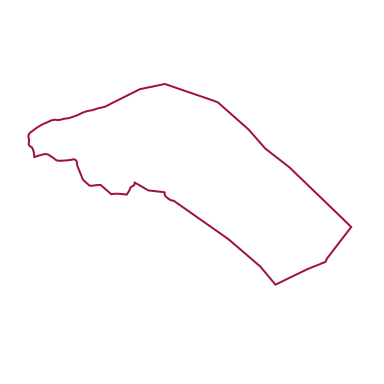 outline of Jardan, Shabwah, Yemen, rotated 162°
{"feature_id": "15242507B34069744154073", "entity_name": "Jardan", "entity_type": "district", "adm_level": 2, "iso_a3": "YEM", "parent_name": "Yemen", "parent_adm1": "Shabwah", "projection": "albers", "projection_center": [46.986, 15.184], "detail": "fine", "context": "isolated", "style": "outline", "palette": "rose", "viewbox_px": 384, "rotation_deg": 162, "n_neighbors": 0, "source": "geoboundaries", "source_scale": "gbopen_adm2", "svg_char_len": 1662}
<svg xmlns="http://www.w3.org/2000/svg" viewBox="0 0 384 384"><g transform="rotate(162 192 192)"><path d="M242.9,300.9L243.6,300.7L245.6,300.4L247.6,300.1L249.8,300.1L251.8,300.2L253.8,300.5L255.7,300.6L257.7,300.6L260.0,300.6L262.2,300.7L264.3,301.0L266.3,301.3L268.4,301.3L270.6,301.3L272.7,301.1L274.7,300.8L276.8,300.5L279.0,300.4L281.1,300.3L283.3,300.3L285.4,300.3L287.5,300.5L289.5,300.9L291.5,301.2L293.5,301.3L295.8,301.5L297.8,302.0L299.7,303.0L303.2,303.6L314.5,302.4L321.0,300.7L324.2,299.6L327.3,298.6L329.5,297.3L330.5,295.2L330.7,293.0L331.1,291.1L332.0,289.3L332.6,287.4L332.0,285.5L330.6,284.1L330.1,282.0L330.1,279.9L330.3,277.8L330.8,275.7L331.1,273.9L329.1,273.9L327.1,274.0L325.1,273.9L323.0,273.8L320.3,273.6L318.5,272.9L316.5,271.4L315.0,269.2L313.6,267.7L312.7,266.3L311.8,264.8L310.3,263.5L308.5,262.7L306.5,262.1L304.6,261.6L302.6,261.1L300.6,260.6L298.4,260.2L296.2,259.8L294.1,259.7L292.7,258.2L292.2,256.1L292.8,254.0L292.9,251.5L291.9,237.3L288.4,231.3L287.7,230.0L285.9,229.0L278.6,227.6L276.7,226.9L269.4,214.8L268.6,214.7L266.6,214.4L264.6,213.8L262.6,213.1L260.7,212.3L258.8,211.5L256.8,210.6L254.8,209.7L251.0,212.9L248.9,215.4L244.9,216.4L243.6,218.6L240.9,215.8L233.0,207.0L218.5,200.4L218.3,200.3L218.2,200.0L218.5,199.7L218.8,196.7L216.7,193.1L215.0,191.1L213.5,189.9L212.3,189.6L171.9,135.8L150.0,99.9L141.3,78.1L106.7,82.9L102.7,83.2L86.6,84.3L86.1,84.8L84.3,86.9L76.1,92.6L51.4,109.5L58.5,123.0L91.7,185.3L95.8,191.4L108.9,210.7L118.9,234.0L139.7,269.3L140.6,270.0L144.1,272.8L157.7,283.0L170.9,292.9L179.9,299.7L184.5,303.2L186.2,303.3L209.8,305.9L242.9,300.9Z" fill="none" stroke="#9f1239" stroke-width="2"/></g></svg>